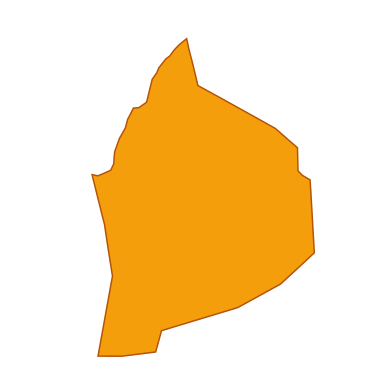 outline of Francisco Macedo, Piauí, Brazil, rotated 171°
{"feature_id": "56859067B83618193762554", "entity_name": "Francisco Macedo", "entity_type": "district", "adm_level": 2, "iso_a3": "BRA", "parent_name": "Brazil", "parent_adm1": "Piauí", "projection": "orthographic", "projection_center": [-40.779, -7.331], "detail": "fine", "context": "isolated", "style": "filled", "palette": "amber", "viewbox_px": 384, "rotation_deg": 171, "n_neighbors": 0, "source": "geoboundaries", "source_scale": "gbopen_adm2", "svg_char_len": 742}
<svg xmlns="http://www.w3.org/2000/svg" viewBox="0 0 384 384"><g transform="rotate(171 192 192)"><path d="M80.7,112.8L74.5,174.6L73.5,185.5L80.4,191.2L84.0,196.3L80.9,219.2L90.4,230.5L99.6,241.6L106.8,247.3L141.5,274.5L169.5,296.2L171.1,316.8L172.7,333.6L173.3,344.3L181.4,339.6L187.1,335.3L192.6,329.9L197.2,327.4L205.3,319.9L208.2,315.2L213.7,309.5L222.8,287.8L231.1,283.7L236.8,284.0L239.8,279.7L244.1,274.0L247.9,265.5L255.4,256.1L262.1,243.8L263.7,237.6L264.8,232.2L268.9,226.2L275.8,224.3L282.3,222.7L288.0,224.8L284.7,186.5L283.5,173.8L283.7,148.5L283.7,130.1L283.7,121.4L310.5,44.6L287.1,40.8L252.9,39.7L243.8,59.8L232.5,61.4L164.9,70.7L119.0,87.2L103.9,97.2L80.7,112.8Z" fill="#f59e0b" stroke="#b45309" stroke-width="1.5"/></g></svg>